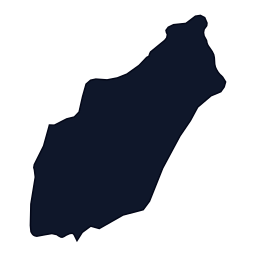 map outline of Nabeul (Mercator projection)
{"feature_id": "TUN-107", "entity_name": "Nabeul", "entity_type": "Governorate", "adm_level": 1, "iso_a3": "TUN", "parent_name": "Tunisia", "parent_adm1": "", "projection": "mercator", "projection_center": [10.722, 36.719], "detail": "fine", "context": "isolated", "style": "filled", "palette": "ink", "viewbox_px": 256, "rotation_deg": 0, "n_neighbors": 0, "source": "natural_earth", "source_scale": "10m", "svg_char_len": 1158}
<svg xmlns="http://www.w3.org/2000/svg" viewBox="0 0 256 256"><path d="M49.4,125.0L54.3,125.2L66.7,118.9L74.3,117.0L79.1,112.0L81.0,103.5L82.6,96.5L86.1,84.1L90.6,80.2L95.8,79.1L107.1,79.9L117.4,77.9L126.9,74.1L139.1,65.4L146.7,57.4L148.9,56.3L149.8,53.5L150.6,51.9L164.7,40.4L166.7,37.9L167.4,34.5L166.4,32.3L166.0,30.3L168.3,27.2L173.5,24.7L185.9,23.4L195.4,16.2L200.4,15.4L204.7,17.6L207.0,23.0L206.7,25.7L204.1,29.3L203.5,32.6L204.1,36.0L206.5,40.4L207.0,43.1L207.9,45.3L212.2,51.6L213.7,54.7L214.3,57.7L214.7,64.2L215.4,67.2L216.5,69.6L218.2,72.4L220.0,74.6L221.2,75.6L222.7,77.2L225.6,81.9L224.2,86.9L220.8,91.7L211.0,95.8L197.7,107.1L190.4,120.6L180.0,135.9L162.7,168.1L149.5,201.2L143.2,209.7L123.0,215.0L99.3,228.5L90.7,226.1L82.2,232.4L77.0,240.6L75.7,237.9L74.3,235.1L73.9,234.4L73.4,233.9L72.6,233.3L71.1,233.3L69.3,233.7L66.0,235.2L64.3,236.3L62.6,237.1L61.0,237.1L58.5,235.8L56.9,234.6L51.9,233.5L44.8,234.7L36.8,236.2L35.3,235.9L34.5,235.6L33.4,235.0L32.5,234.1L31.7,232.9L31.0,231.7L30.4,225.5L30.9,204.0L35.3,177.1L34.4,169.8L33.8,167.6L34.3,164.6L43.6,146.0L49.0,126.6L49.4,125.0Z" fill="#0f172a" stroke="#020617" stroke-width="1.5"/></svg>